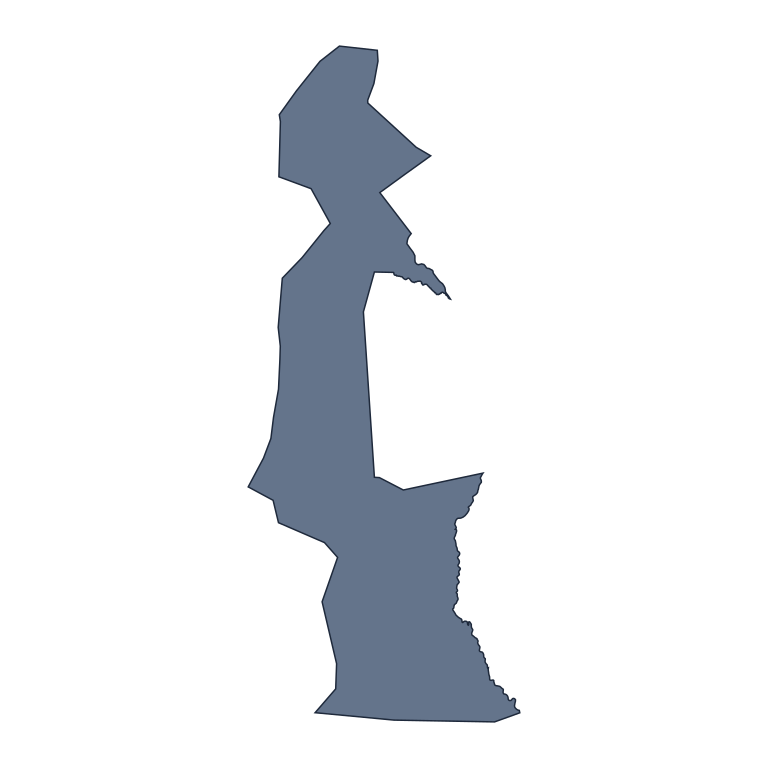 outline of Bayandelger, Töv, Mongolia
{"feature_id": "93677404B81168831538061", "entity_name": "Bayandelger", "entity_type": "district", "adm_level": 2, "iso_a3": "MNG", "parent_name": "Mongolia", "parent_adm1": "Töv", "projection": "mercator", "projection_center": [108.382, 47.82], "detail": "fine", "context": "isolated", "style": "filled", "palette": "slate", "viewbox_px": 768, "rotation_deg": 0, "n_neighbors": 0, "source": "geoboundaries", "source_scale": "gbopen_adm2", "svg_char_len": 6102}
<svg xmlns="http://www.w3.org/2000/svg" viewBox="0 0 768 768"><path d="M315.1,712.7L394.0,720.1L494.6,721.9L519.8,712.8L519.3,710.4L517.8,710.0L516.6,709.3L515.3,708.0L514.7,707.1L514.5,705.7L515.0,702.8L515.4,701.4L515.5,699.8L514.7,698.8L513.8,698.4L512.9,698.5L512.5,698.7L511.7,699.7L511.0,700.4L509.9,700.6L509.0,700.3L508.3,699.5L508.2,698.8L508.0,697.2L507.4,695.8L506.5,694.8L505.6,694.3L504.3,694.0L503.7,693.8L503.4,693.4L503.1,692.6L503.1,691.6L503.3,690.1L503.3,689.5L502.9,688.9L502.0,688.4L501.3,687.7L500.5,687.0L499.8,686.4L497.7,685.9L496.3,685.7L495.2,685.3L494.7,684.8L494.5,684.2L494.3,683.2L493.9,682.2L493.8,681.6L493.8,680.6L493.5,680.2L493.0,680.0L492.3,680.1L491.4,680.3L490.7,680.3L490.0,680.0L489.7,679.4L489.6,676.8L489.2,675.5L488.8,674.1L488.6,672.4L488.4,671.1L488.2,669.7L488.4,667.8L488.2,667.9L488.0,668.3L487.8,668.3L487.6,668.0L487.4,667.2L487.4,666.3L487.2,664.9L486.8,664.4L486.2,663.9L485.4,662.6L485.1,662.0L485.1,660.5L485.3,659.2L485.2,658.6L484.8,658.3L484.2,657.7L483.8,656.9L483.7,656.2L483.7,655.0L483.5,654.1L482.8,652.7L482.0,652.0L481.1,651.9L480.4,651.7L479.8,651.3L479.4,650.8L479.4,650.0L479.9,647.6L479.8,646.6L479.1,645.5L478.6,645.0L478.1,644.0L477.8,643.4L477.7,642.8L477.7,642.3L478.0,641.6L478.0,641.1L477.9,640.5L477.5,639.9L477.1,639.4L477.0,639.0L477.0,638.7L475.9,638.0L475.3,637.8L474.2,636.8L473.3,636.0L472.4,635.4L472.0,635.0L471.8,634.4L471.7,633.5L471.7,633.0L472.5,631.0L472.8,629.9L472.5,629.2L472.0,628.5L471.6,627.7L471.4,627.1L471.3,625.9L471.3,624.4L470.9,623.6L469.7,621.9L469.0,621.8L468.6,622.2L468.4,622.7L468.5,623.3L468.7,624.3L468.6,624.9L468.4,625.2L468.0,625.0L467.7,624.6L467.4,622.5L467.0,621.7L466.2,621.3L465.5,621.2L464.7,621.2L464.0,621.5L463.4,621.9L462.9,622.4L462.7,622.5L462.4,622.3L462.1,622.1L461.9,620.6L461.7,619.6L461.3,619.0L460.5,618.6L459.8,618.2L458.4,617.3L456.0,615.1L454.8,612.9L453.0,610.2L452.7,609.3L452.7,609.0L453.2,608.6L453.6,608.2L453.8,607.7L454.0,606.0L454.4,604.7L456.3,603.1L457.1,601.0L457.5,600.4L458.0,599.5L458.0,598.4L457.6,597.2L457.3,596.4L457.2,596.0L457.3,595.1L457.2,593.9L456.9,593.5L456.4,593.0L456.3,592.7L456.3,592.4L456.5,592.0L457.4,591.1L457.5,590.7L457.5,590.3L457.2,589.5L456.8,588.8L456.6,588.3L456.7,587.3L456.9,585.8L457.2,584.7L458.3,583.5L459.1,582.3L459.1,581.9L458.9,581.4L457.1,578.0L457.0,577.4L457.1,577.0L457.3,576.6L459.0,575.2L459.2,574.8L459.3,574.3L459.1,573.3L458.8,572.6L458.8,571.8L459.0,571.0L459.8,570.0L460.3,569.0L460.2,568.4L459.8,567.7L459.0,567.1L458.3,566.4L458.0,565.8L458.0,565.1L458.4,564.4L459.1,563.3L459.3,562.3L459.4,561.8L459.1,560.4L458.4,559.2L457.8,558.5L457.6,557.9L457.6,557.2L458.1,556.5L459.3,555.0L459.6,554.2L459.7,553.5L459.5,552.7L458.9,551.9L457.6,550.9L457.3,550.3L457.2,548.9L456.9,547.6L456.3,546.4L456.0,545.4L456.0,544.1L455.3,540.5L454.8,539.8L454.5,539.4L454.3,538.9L454.2,538.4L454.5,537.1L455.4,535.4L455.4,534.7L455.9,533.5L456.3,532.2L456.6,531.2L456.6,530.5L456.4,529.8L455.2,529.3L456.2,528.1L456.2,527.3L454.9,524.6L454.7,523.9L454.9,523.4L455.2,523.0L455.4,522.1L455.5,521.6L455.7,520.7L456.2,519.9L457.2,518.7L457.9,518.3L460.8,518.1L463.1,517.1L465.1,515.6L467.3,513.0L468.8,510.5L469.1,509.0L468.7,507.6L468.4,507.5L468.3,507.3L468.4,507.0L468.5,506.8L469.0,506.4L469.5,506.1L470.7,505.2L471.5,503.5L472.4,502.3L473.0,501.3L473.3,500.4L472.9,498.7L472.7,497.3L472.8,496.6L473.7,495.9L475.7,494.6L476.9,493.4L477.7,492.0L477.7,491.3L478.0,490.0L478.3,489.6L479.0,485.9L479.6,484.6L480.8,483.0L481.3,482.4L481.4,481.8L481.3,481.3L481.3,480.7L481.1,480.0L480.8,479.4L480.5,478.9L480.4,478.0L480.5,477.4L481.0,476.6L482.2,474.3L483.0,473.1L403.3,490.0L379.4,477.6L374.4,477.3L363.4,311.9L374.4,272.0L393.3,272.4L393.6,272.5L393.9,273.4L393.9,273.8L394.1,274.4L394.5,275.0L394.9,275.1L395.5,275.3L396.3,275.2L396.4,275.4L396.4,275.6L396.8,276.0L397.5,275.9L398.3,276.2L399.3,276.1L400.2,276.5L402.0,276.8L402.6,277.4L403.7,278.6L405.3,279.5L405.8,279.5L406.5,279.3L407.2,278.7L408.0,278.2L408.4,278.2L409.0,278.4L409.7,279.0L411.0,280.8L411.8,281.6L412.5,282.0L413.4,282.1L413.8,282.4L414.2,282.5L414.7,282.5L415.3,281.8L415.5,281.7L416.1,281.9L416.6,281.8L417.2,281.4L418.1,281.2L419.1,281.3L419.8,281.1L420.3,281.2L420.9,281.6L421.6,282.3L421.7,282.6L421.6,282.8L421.6,283.4L422.4,284.2L422.5,284.7L422.8,285.0L423.3,285.0L423.6,284.9L423.9,284.8L424.0,284.5L424.5,284.3L425.3,284.2L426.4,284.3L426.9,284.5L427.3,285.0L427.6,285.4L428.0,285.7L428.3,286.2L428.8,286.5L429.1,287.0L429.5,287.3L429.8,287.8L430.2,288.0L430.9,288.3L431.1,289.1L431.9,289.8L433.1,291.0L433.8,291.4L434.2,292.0L434.6,292.3L434.8,292.7L435.2,292.6L435.7,293.0L436.2,294.0L436.5,294.3L436.7,294.5L437.1,294.5L437.3,294.4L437.8,294.3L438.2,294.6L438.6,294.5L438.8,294.4L439.0,294.2L439.4,294.2L439.6,294.1L439.7,293.8L439.9,293.6L440.4,293.5L440.9,293.4L441.2,293.1L441.2,292.7L441.6,292.6L441.8,292.4L442.5,292.2L443.2,292.5L443.6,292.8L443.9,293.1L444.7,293.5L445.1,293.5L445.5,293.4L445.8,293.9L446.0,294.2L445.9,294.4L445.8,294.7L445.9,295.0L446.1,295.2L446.9,295.4L447.2,295.6L447.3,296.0L447.5,296.5L448.2,296.9L448.3,297.8L448.7,297.9L448.8,298.3L449.2,298.7L449.7,298.9L450.4,299.1L448.5,296.1L446.3,293.2L445.6,292.1L445.3,291.0L445.3,289.6L444.8,287.5L443.8,285.6L442.5,283.7L440.4,282.1L439.3,281.1L438.3,279.9L433.5,273.5L433.1,272.6L433.1,271.8L432.7,270.7L431.8,269.9L431.0,269.6L430.2,269.1L428.8,268.4L427.5,268.4L426.4,267.7L425.2,265.9L423.9,264.5L421.6,263.9L420.5,264.2L418.4,264.7L417.4,264.4L416.5,263.9L415.2,262.2L414.9,260.1L414.9,255.8L413.1,252.2L410.0,248.1L406.9,243.7L407.4,240.3L408.1,238.1L409.1,236.3L411.2,233.6L379.8,192.6L404.8,174.4L430.7,155.8L416.2,147.3L367.8,103.0L367.7,100.2L373.9,83.6L378.0,61.1L377.3,50.3L339.4,46.1L320.0,61.3L296.4,90.9L279.3,114.7L280.4,121.6L278.9,176.8L311.1,188.7L330.3,223.5L323.9,230.6L302.2,257.5L282.3,278.2L278.2,327.4L280.3,346.1L279.9,359.5L278.5,389.2L273.5,417.4L270.9,438.5L263.5,458.1L248.2,486.9L273.1,500.3L278.5,522.7L324.5,542.6L337.6,557.4L322.1,601.8L336.6,663.7L335.7,688.9L315.1,712.7Z" fill="#64748b" stroke="#1e293b" stroke-width="1.5"/></svg>